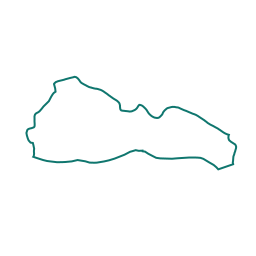 Fond Dor/Dugard, Micoud, Saint Lucia (Robinson projection), rotated 165°
{"feature_id": "8701671B74099385302774", "entity_name": "Fond Dor/Dugard", "entity_type": "district", "adm_level": 2, "iso_a3": "LCA", "parent_name": "Saint Lucia", "parent_adm1": "Micoud", "projection": "robinson", "projection_center": [-60.922, 13.811], "detail": "fine", "context": "isolated", "style": "outline", "palette": "teal", "viewbox_px": 256, "rotation_deg": 165, "n_neighbors": 0, "source": "geoboundaries", "source_scale": "gbopen_adm2", "svg_char_len": 5911}
<svg xmlns="http://www.w3.org/2000/svg" viewBox="0 0 256 256"><g transform="rotate(165 128 128)"><path d="M32.3,95.3L33.3,95.9L34.2,96.5L34.5,96.7L34.8,97.0L35.4,97.5L35.8,97.8L36.1,98.2L36.5,98.5L36.7,98.8L37.0,99.1L37.4,99.5L37.7,99.9L38.9,101.3L39.7,102.3L40.2,102.8L40.4,103.0L40.7,103.4L41.0,103.8L41.6,104.4L42.2,105.0L42.5,105.3L43.1,105.8L43.4,106.1L44.2,106.9L44.7,107.4L45.1,107.8L45.8,108.4L46.2,108.8L46.5,109.0L47.7,110.1L48.3,110.7L48.7,111.2L49.3,111.8L49.7,112.2L50.5,113.4L51.2,114.3L51.8,115.0L52.0,115.4L52.3,115.7L52.5,116.0L52.8,116.3L53.6,117.2L54.0,117.7L54.3,118.0L54.8,118.5L55.1,118.9L56.0,119.9L56.8,120.8L57.0,121.1L57.3,121.4L57.6,121.7L58.4,122.5L58.6,122.7L59.1,123.2L59.5,123.4L59.9,123.8L60.3,124.1L60.8,124.4L61.1,124.6L62.0,125.2L62.5,125.6L62.8,125.9L63.1,126.1L63.4,126.3L63.7,126.6L64.4,127.1L64.7,127.3L64.9,127.5L65.4,127.9L65.9,128.3L66.2,128.5L66.9,129.1L67.5,129.6L67.8,129.7L68.0,129.9L68.6,130.3L69.1,130.6L69.3,130.8L69.7,131.1L70.2,131.5L70.8,132.0L71.1,132.2L71.4,132.5L71.8,132.8L72.2,133.1L72.5,133.4L72.9,133.7L73.3,134.1L73.6,134.3L73.9,134.6L74.3,134.8L74.6,135.0L74.9,135.1L75.3,135.2L76.6,135.8L76.9,136.0L77.2,136.1L77.5,136.3L77.8,136.4L78.3,136.5L78.6,136.6L78.9,136.7L79.6,136.9L80.0,136.9L80.6,137.0L84.0,137.0L84.3,137.0L84.7,137.0L85.0,136.9L85.4,136.8L85.7,136.7L86.4,136.3L86.7,136.2L87.0,136.0L87.3,135.9L88.2,135.4L88.8,135.0L89.1,134.7L89.5,134.5L89.7,134.3L90.0,134.0L90.3,133.7L90.6,133.3L90.8,133.0L91.1,132.7L91.3,132.4L91.6,132.1L92.0,131.9L92.3,131.7L93.1,131.2L93.4,131.0L93.8,130.8L94.1,130.6L94.6,130.4L94.9,130.2L95.4,130.1L95.8,130.0L96.3,130.0L96.7,130.1L97.1,130.1L97.5,130.2L97.9,130.4L98.2,130.5L98.6,130.7L99.1,130.9L99.4,131.1L99.7,131.2L100.1,131.5L100.4,131.8L100.7,132.0L101.0,132.3L101.4,132.7L101.8,133.1L102.0,133.3L102.2,133.6L102.4,133.8L102.9,134.6L103.1,134.9L103.5,135.5L103.8,136.1L104.0,136.4L104.2,137.0L104.4,137.3L104.5,137.7L104.7,138.4L104.8,138.7L105.1,139.6L105.2,140.0L105.3,140.3L105.4,140.7L105.6,141.0L105.7,141.3L105.9,141.7L106.1,142.1L106.4,142.7L106.7,143.1L107.2,144.0L107.6,144.6L107.8,144.9L108.0,145.2L108.2,145.5L108.6,145.9L108.8,146.1L109.0,146.3L109.3,146.5L109.6,146.7L109.9,146.9L110.2,147.0L110.4,147.2L110.7,147.3L111.1,147.4L111.4,147.2L111.7,147.1L111.9,146.9L112.2,146.7L112.5,146.5L112.8,146.2L113.4,145.6L113.6,145.4L114.0,145.1L114.2,144.9L114.5,144.7L114.8,144.5L115.1,144.3L115.4,144.2L115.7,144.1L116.0,143.9L116.3,143.8L116.6,143.7L117.2,143.6L117.5,143.5L117.8,143.5L118.1,143.4L118.4,143.4L119.0,143.3L119.4,143.2L119.7,143.2L120.2,143.2L120.7,143.2L121.2,143.3L121.6,143.4L122.3,143.5L122.6,143.7L122.9,143.8L123.2,143.9L123.5,144.1L123.8,144.2L124.2,144.4L124.6,144.5L125.3,144.8L125.9,145.0L126.4,145.2L126.9,145.4L127.3,145.6L127.6,145.7L127.9,145.8L128.2,145.9L128.6,146.1L129.0,146.2L129.4,146.4L129.7,146.6L130.0,146.8L130.2,147.1L130.3,147.4L130.5,147.8L130.5,148.2L130.5,148.6L130.5,148.9L130.4,149.3L130.4,149.7L130.3,150.0L130.2,150.8L130.0,151.4L129.9,151.9L129.9,152.7L129.9,153.0L129.9,153.9L130.1,154.6L130.5,155.5L130.8,155.9L131.3,156.8L131.8,157.4L132.6,158.3L132.8,158.5L133.3,159.0L133.6,159.3L133.9,159.6L134.1,159.8L134.3,160.1L134.6,160.4L135.0,160.8L135.6,161.6L136.1,162.2L136.8,163.0L137.3,163.7L137.8,164.2L138.0,164.5L138.3,164.8L138.6,165.3L139.2,166.1L139.7,166.7L140.0,167.1L140.4,167.5L140.7,167.8L141.1,168.4L141.6,168.9L141.8,169.2L142.1,169.6L142.6,170.1L143.1,170.6L143.4,170.9L143.6,171.1L143.9,171.3L144.3,171.7L144.7,172.0L145.0,172.2L145.4,172.4L145.8,172.7L146.2,172.9L146.5,173.1L146.9,173.4L147.3,173.6L147.8,173.8L148.0,174.0L148.3,174.1L149.0,174.3L149.4,174.5L149.6,174.6L150.1,174.8L150.4,175.0L150.7,175.1L151.0,175.3L151.5,175.6L152.0,175.9L152.4,176.1L152.7,176.3L152.9,176.5L153.6,176.8L153.9,177.0L154.2,177.2L154.8,177.5L155.0,177.7L155.3,177.9L155.6,178.1L155.9,178.5L156.1,178.7L156.4,178.9L156.7,179.1L156.9,179.4L157.2,179.7L157.5,180.0L157.8,180.2L158.1,180.5L158.3,180.7L159.1,181.4L159.3,181.6L159.6,181.9L160.3,182.6L160.5,182.8L160.8,183.1L161.2,183.5L161.4,183.8L161.7,184.2L161.9,184.6L162.2,185.3L162.7,186.8L162.9,187.2L163.0,187.5L163.2,187.9L163.7,189.0L164.0,189.3L164.4,189.9L164.6,190.1L164.8,190.4L165.5,190.8L165.8,191.0L166.1,191.1L166.5,191.3L166.8,191.3L167.2,191.2L167.7,191.2L168.0,191.2L170.8,191.3L171.1,191.3L172.2,191.3L172.9,191.3L174.3,191.3L174.7,191.3L175.5,191.3L176.2,191.3L176.6,191.2L177.1,191.2L177.6,191.2L177.9,191.2L178.4,191.2L178.8,191.2L182.2,191.3L182.5,191.3L183.2,191.3L183.5,191.3L183.8,191.3L184.4,191.2L185.2,191.1L185.5,191.1L185.9,191.0L186.5,190.7L186.8,190.6L187.1,190.4L187.3,190.2L187.6,189.9L187.9,189.9L188.1,189.6L188.1,187.2L188.1,185.1L188.6,181.8L190.6,181.1L192.1,180.0L194.1,178.1L197.5,174.4L199.4,173.3L204.0,170.7L206.4,168.9L208.9,167.2L210.4,166.5L211.5,166.3L213.3,165.8L214.4,165.0L215.3,163.5L216.0,160.7L216.6,158.6L217.1,156.1L217.7,154.1L218.2,153.4L218.9,153.0L221.5,152.8L222.4,152.9L224.5,152.8L225.8,152.1L227.4,149.5L227.6,147.0L227.5,143.9L227.2,141.7L225.9,139.1L223.8,138.2L223.8,137.6L223.8,135.8L223.9,134.6L224.0,132.3L224.4,131.3L224.8,130.2L225.1,129.0L225.3,127.7L225.8,126.4L226.4,125.1L226.9,124.7L224.9,123.3L218.4,119.1L214.8,117.1L212.1,116.0L205.6,113.4L201.0,112.2L197.4,111.4L190.9,110.3L185.0,110.1L177.9,106.9L174.0,104.5L169.3,103.1L167.0,102.6L159.8,101.9L154.8,101.7L148.9,101.9L138.3,103.1L132.1,104.5L130.0,104.5L126.3,104.6L123.6,103.2L121.0,102.6L119.8,102.4L119.9,101.7L117.7,100.8L115.1,97.9L111.4,94.5L108.5,91.9L104.7,90.3L99.4,88.7L93.4,86.9L88.3,86.0L76.3,83.6L69.1,81.6L65.7,80.4L63.2,78.7L60.8,76.2L58.7,74.0L54.8,70.1L52.8,67.2L51.5,64.7L35.8,65.8L35.7,66.6L35.7,67.7L35.2,68.6L34.0,72.0L33.5,73.3L32.2,75.1L31.4,76.6L30.6,77.6L30.2,78.4L28.9,80.5L28.4,81.8L28.4,83.0L28.7,84.3L31.5,87.4L32.0,87.9L33.4,89.9L33.6,90.8L33.6,92.5L32.9,94.4L32.3,95.3Z" fill="none" stroke="#0f766e" stroke-width="2"/></g></svg>